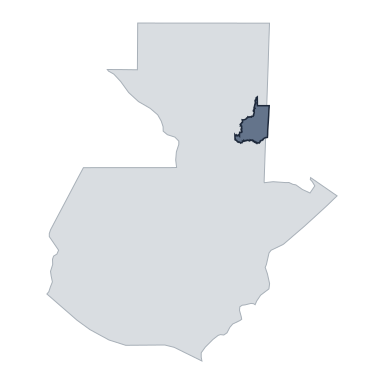 Dolores, Petén, Guatemala (highlighted)
{"feature_id": "79465075B81519160116587", "entity_name": "Dolores", "entity_type": "district", "adm_level": 2, "iso_a3": "GTM", "parent_name": "Guatemala", "parent_adm1": "Petén", "projection": "robinson", "projection_center": [-89.465, 16.645], "detail": "fine", "context": "in_parent", "style": "filled", "palette": "slate", "viewbox_px": 384, "rotation_deg": 0, "n_neighbors": 0, "source": "geoboundaries", "source_scale": "gbopen_adm2", "svg_char_len": 6127}
<svg xmlns="http://www.w3.org/2000/svg" viewBox="0 0 384 384"><path d="M46.9,294.0L48.8,291.8L50.4,287.0L52.4,281.9L51.2,276.1L50.5,271.4L52.7,264.5L52.5,259.3L53.6,256.1L56.9,254.1L58.6,250.2L49.3,236.6L49.3,233.5L50.6,229.7L58.2,215.3L67.3,198.1L77.3,179.1L83.4,167.7L105.3,167.6L119.7,167.6L138.1,167.6L158.1,167.6L171.2,167.6L176.6,167.5L175.7,160.0L176.4,151.8L178.8,144.4L178.8,141.1L174.9,137.1L167.4,134.7L163.2,131.2L163.1,126.7L161.3,121.2L157.7,114.8L150.1,108.3L138.5,101.6L128.7,92.6L120.6,81.4L113.8,74.1L108.5,71.1L107.3,69.5L122.7,69.6L137.4,69.8L137.5,53.6L137.6,39.2L137.7,23.0L164.2,23.1L195.8,23.1L228.6,23.1L254.4,23.2L269.5,23.2L268.8,43.3L268.1,66.5L267.5,83.6L266.7,106.5L265.9,129.8L264.8,161.7L264.1,182.2L264.4,182.7L273.1,181.7L285.8,182.6L288.9,182.5L292.8,184.3L295.9,184.9L302.4,189.5L310.0,193.0L314.8,185.9L312.3,181.7L310.3,179.5L310.6,177.6L337.1,195.9L334.0,198.8L327.3,205.3L315.1,216.5L304.1,226.5L293.6,235.5L284.1,243.7L283.0,244.5L271.0,250.3L269.0,253.0L266.4,264.5L265.2,267.4L267.4,273.8L269.6,283.7L268.9,288.9L260.6,295.2L256.7,301.0L255.1,304.7L253.6,303.7L251.0,303.4L245.0,304.9L242.2,305.2L239.8,306.8L239.5,310.4L241.1,316.2L241.7,319.2L240.0,320.5L232.7,324.0L229.8,327.4L227.0,332.8L223.8,335.0L220.5,334.6L218.1,335.4L213.0,339.4L205.3,347.1L201.2,352.8L201.2,357.1L201.9,361.0L174.1,347.3L164.8,345.0L125.7,345.3L109.0,340.0L89.9,329.6L77.0,320.2L46.9,294.0Z" fill="#d9dde1" stroke="#a8b0b8" stroke-width="1"/><path d="M269.2,105.7L262.0,105.7L257.4,105.7L257.3,97.1L257.2,97.2L257.1,97.3L256.9,97.3L256.9,97.6L256.7,97.6L256.7,97.8L256.4,98.1L256.3,98.3L256.1,98.3L256.2,98.5L256.1,98.8L256.1,99.0L256.1,99.5L256.0,99.8L255.8,99.8L255.8,100.0L255.6,100.2L255.5,100.3L255.4,100.4L255.1,100.4L255.1,100.7L255.2,100.8L255.3,100.9L255.4,101.0L255.1,101.9L255.2,102.2L255.5,102.4L255.5,102.6L255.5,102.9L255.7,103.0L255.6,103.3L255.6,103.6L255.1,103.7L255.0,103.9L255.1,104.5L254.8,104.7L254.8,104.8L254.8,105.0L254.8,105.4L254.6,105.6L254.5,105.9L254.5,106.1L254.6,106.3L254.3,106.7L254.3,107.0L254.5,107.0L254.5,107.3L254.6,107.5L254.4,107.4L254.3,107.5L254.1,107.6L254.0,107.9L254.2,108.0L254.1,108.3L254.3,108.6L254.3,108.8L254.5,108.7L254.6,108.8L254.5,109.0L254.4,109.1L254.4,109.3L254.2,109.6L254.2,109.8L254.1,109.7L254.0,109.8L253.8,109.8L253.7,110.2L253.5,110.3L253.7,110.5L253.8,110.6L253.6,110.7L253.6,110.9L253.7,111.0L253.7,111.3L253.8,111.4L253.7,111.5L253.9,111.6L254.1,111.7L254.2,111.8L254.2,112.0L254.2,112.3L254.3,112.6L254.2,112.8L254.2,113.1L254.0,113.3L253.9,113.9L253.7,114.1L253.5,114.5L253.7,114.8L253.6,115.0L253.6,115.3L253.6,115.5L253.4,115.6L253.3,116.0L253.1,116.3L252.4,116.3L252.0,116.2L251.7,116.3L251.7,116.5L251.8,116.6L251.7,116.7L251.6,116.8L251.5,117.1L251.4,117.2L251.1,117.2L250.9,117.1L250.6,116.9L250.4,116.8L250.2,116.7L249.8,116.9L249.5,116.9L249.2,117.2L248.8,117.1L248.5,116.9L248.3,116.9L248.1,117.0L247.9,116.9L247.9,117.4L247.8,117.6L247.5,117.8L247.1,117.8L246.9,118.0L246.7,118.0L246.4,118.3L246.3,118.6L246.0,119.0L245.4,119.3L244.7,119.6L243.8,119.8L242.6,119.9L242.2,119.8L242.3,120.3L242.4,120.8L242.5,120.9L242.6,121.9L241.9,122.5L242.1,122.7L241.0,123.6L240.7,124.0L240.2,124.4L240.2,124.5L240.5,124.6L240.7,125.5L240.5,125.9L240.9,125.9L241.0,125.8L241.0,126.0L241.7,126.2L241.4,128.4L241.6,128.4L241.8,128.4L241.7,129.1L241.3,129.1L241.1,129.2L241.1,129.6L241.1,130.0L241.4,130.3L241.6,130.4L242.0,131.3L241.8,131.8L241.5,131.7L241.5,132.1L241.6,132.4L241.2,132.5L241.0,132.4L240.6,132.4L240.0,132.3L239.7,132.3L239.7,133.2L239.5,133.3L239.5,136.3L239.3,136.1L239.2,136.1L239.1,135.9L239.1,135.6L239.1,135.4L238.8,135.2L238.7,135.1L238.6,134.9L238.4,135.0L238.3,134.9L238.1,135.0L237.8,135.2L237.7,135.4L237.5,135.5L237.4,135.5L237.2,135.8L237.0,135.6L236.8,135.7L236.7,135.7L236.7,135.8L236.4,135.8L236.4,135.7L236.6,135.7L236.6,135.4L236.7,135.2L236.4,135.0L236.3,134.9L236.2,135.1L236.1,135.3L236.1,135.5L235.9,135.7L235.6,135.7L235.4,135.6L235.1,135.6L235.0,135.3L235.1,135.1L234.9,134.8L235.0,138.9L235.3,138.9L235.3,139.3L235.2,139.4L235.1,139.7L235.3,139.9L235.3,140.0L235.5,140.1L236.1,140.1L236.3,140.3L236.6,140.4L236.7,140.7L237.0,140.9L237.0,141.2L237.2,141.4L237.3,141.6L237.5,141.7L237.6,141.9L237.7,142.0L238.2,142.0L238.4,142.2L238.5,142.1L238.7,141.8L238.8,141.8L239.1,142.0L239.6,142.2L240.0,142.4L240.0,142.5L240.4,142.6L240.5,142.9L240.7,142.7L240.9,142.7L241.0,142.6L241.5,142.8L241.8,142.7L242.0,142.7L242.2,142.2L242.4,141.8L242.5,141.5L242.5,141.4L242.7,141.6L242.9,141.6L243.1,141.5L243.2,141.3L243.4,141.3L243.7,141.0L243.8,140.8L243.8,140.7L243.9,140.8L244.0,140.8L244.1,140.7L244.3,141.1L244.6,140.9L244.8,141.0L245.3,140.8L245.4,140.7L245.5,140.6L245.8,140.7L246.0,140.4L246.5,140.3L246.5,140.5L246.8,140.3L247.3,140.1L247.5,140.1L248.0,140.1L248.1,140.5L248.3,140.5L248.5,140.5L249.0,140.6L249.4,140.9L249.5,140.8L249.6,140.7L249.9,140.3L250.0,140.0L250.3,140.3L250.4,140.2L250.2,140.0L250.3,139.9L250.7,140.0L251.0,140.0L251.1,140.3L251.3,140.2L251.4,140.3L251.5,140.2L252.0,140.1L252.3,140.0L252.6,140.3L252.8,140.2L253.0,140.3L252.9,140.4L252.9,140.7L253.1,140.7L253.1,140.8L253.1,141.1L253.2,141.4L253.6,141.3L253.8,141.4L253.8,141.5L254.0,141.7L254.1,141.8L254.2,141.5L254.3,141.4L254.5,141.5L254.6,141.4L255.0,141.5L255.1,142.0L255.3,142.0L255.5,142.2L255.9,142.2L255.9,142.3L255.7,142.6L256.0,142.7L256.1,142.9L256.3,142.8L256.5,143.0L256.8,142.7L256.9,142.9L257.0,142.6L257.4,142.5L257.4,142.4L257.5,142.6L258.0,142.8L258.1,143.0L258.3,142.9L258.8,142.7L259.0,142.8L259.0,142.7L259.3,142.5L259.4,142.4L259.5,142.5L259.6,142.3L259.8,142.3L260.0,142.0L260.2,141.8L260.1,141.6L260.2,141.4L260.2,141.1L260.3,140.9L260.5,140.7L260.9,140.6L261.0,140.5L261.3,140.6L261.5,140.6L261.9,140.5L262.0,140.2L262.3,139.9L262.4,140.0L262.6,140.0L262.8,139.7L263.0,139.7L263.1,139.4L263.3,139.2L263.2,139.0L263.3,138.9L263.5,138.8L264.5,138.0L264.8,138.0L265.5,137.6L265.9,137.5L266.3,137.6L267.4,137.4L267.6,134.9L267.7,130.3L268.1,124.2L268.2,123.1L268.7,115.0L268.7,114.5L268.9,109.9L269.0,109.1L269.0,108.7L269.1,107.6L269.2,105.7Z" fill="#64748b" stroke="#1e293b" stroke-width="1.5"/></svg>